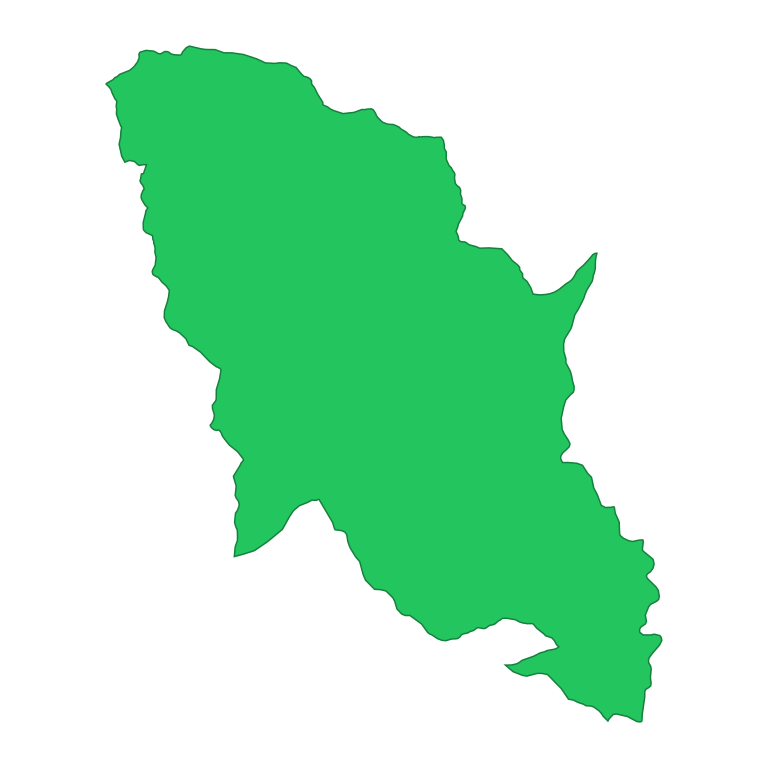 Saleng, Mongar, Bhutan
{"feature_id": "84629894B77073852352819", "entity_name": "Saleng", "entity_type": "district", "adm_level": 2, "iso_a3": "BTN", "parent_name": "Bhutan", "parent_adm1": "Mongar", "projection": "natural_earth1", "projection_center": [91.106, 27.254], "detail": "fine", "context": "isolated", "style": "filled", "palette": "green", "viewbox_px": 768, "rotation_deg": 0, "n_neighbors": 0, "source": "geoboundaries", "source_scale": "gbopen_adm2", "svg_char_len": 6054}
<svg xmlns="http://www.w3.org/2000/svg" viewBox="0 0 768 768"><path d="M234.3,556.6L243.2,554.2L254.5,550.6L267.9,541.4L282.4,529.4L289.7,516.3L293.6,510.5L299.3,505.7L307.9,502.3L312.0,500.1L316.3,500.4L318.0,499.5L319.1,499.5L332.7,522.6L334.2,527.8L335.0,529.7L341.9,530.7L344.8,532.0L346.7,534.5L347.8,541.3L349.1,545.3L350.4,548.3L355.7,556.9L359.7,561.6L363.2,574.6L365.5,580.1L374.5,589.3L380.8,589.7L386.0,591.0L392.9,597.8L394.7,601.3L397.0,609.0L401.9,614.2L405.4,615.5L409.9,615.5L421.5,623.9L427.8,632.6L429.7,634.0L431.6,634.7L437.4,638.6L441.8,640.3L445.8,640.7L451.7,639.0L456.2,638.8L458.0,638.4L460.4,636.4L461.5,634.6L463.5,633.9L468.3,632.8L469.9,631.6L473.6,630.5L476.9,628.0L478.0,627.6L483.5,628.6L485.5,628.3L489.4,625.5L493.7,624.5L495.1,623.8L498.5,620.9L500.6,619.8L501.4,618.9L502.9,618.3L506.3,618.2L515.3,619.7L519.7,622.0L522.5,622.9L527.5,623.7L531.6,623.6L533.3,624.0L536.7,628.2L544.0,634.0L545.5,635.7L551.9,637.9L554.5,640.8L556.6,644.8L558.8,646.8L556.3,648.6L554.0,649.3L547.2,650.5L544.1,651.9L540.4,652.8L533.5,656.3L522.1,660.3L518.9,662.7L516.4,663.9L511.5,665.0L505.4,665.1L513.1,671.7L522.7,675.4L526.9,676.1L537.2,673.4L541.7,673.4L547.5,674.5L561.3,688.6L568.5,699.2L573.5,700.1L578.0,702.4L583.6,704.3L585.9,705.7L590.7,706.0L593.6,706.9L599.0,710.8L601.1,713.1L603.4,716.5L607.9,721.0L609.2,718.7L613.3,714.4L616.4,714.0L627.4,716.5L636.8,721.5L639.8,721.9L641.3,721.6L641.9,720.9L642.3,714.0L644.7,697.2L644.8,691.6L645.5,689.6L648.7,687.6L650.7,685.9L651.1,683.2L650.4,677.6L651.2,668.9L650.6,666.0L648.7,662.8L648.5,660.3L649.0,658.0L652.1,653.7L659.5,645.1L661.8,640.5L661.2,637.4L659.9,635.6L654.4,634.2L650.2,635.0L643.0,634.9L639.7,632.2L639.6,629.3L640.7,627.2L645.3,624.0L646.5,621.5L645.3,615.1L648.5,607.1L650.5,604.4L656.7,601.2L658.6,599.5L659.3,596.4L658.3,590.4L656.1,587.0L647.7,578.8L646.8,577.4L646.4,575.8L647.3,574.0L650.6,571.6L653.0,568.2L654.1,564.2L653.5,560.8L652.9,559.1L642.6,550.6L642.5,548.1L643.2,542.9L643.2,540.9L642.8,539.9L638.5,540.2L632.6,541.5L628.6,540.7L623.5,538.3L620.2,535.5L619.6,533.4L619.2,522.1L615.2,513.1L614.4,507.6L613.8,506.7L611.2,507.3L605.4,507.5L601.3,505.4L597.2,494.5L593.8,488.1L591.5,477.3L587.7,473.4L582.5,465.3L577.0,463.3L567.9,462.5L562.7,462.6L561.6,460.9L560.7,458.6L560.7,456.5L562.4,453.3L568.9,447.2L569.9,444.7L569.8,443.3L568.2,440.0L564.2,433.9L562.2,429.6L561.2,418.3L563.8,406.2L565.8,400.0L570.2,395.0L573.2,392.4L573.9,390.6L574.2,386.6L572.6,381.4L571.7,376.3L570.4,371.4L565.9,362.8L565.9,358.8L563.8,351.5L563.6,344.2L564.7,338.9L570.7,329.1L571.8,326.3L574.8,314.9L578.5,308.9L582.2,301.7L584.2,297.3L584.9,294.7L587.1,289.6L592.1,281.5L592.7,279.4L593.4,275.0L594.2,273.4L595.3,268.4L595.4,261.6L595.9,257.2L596.9,253.3L595.3,253.3L592.9,254.6L588.4,260.0L583.2,265.5L577.9,270.1L576.4,272.0L574.8,275.5L572.2,279.3L569.3,281.8L565.8,284.0L558.7,289.7L554.3,292.2L549.6,293.8L545.5,294.5L539.7,294.9L533.1,294.1L530.7,287.6L527.1,281.5L522.8,277.8L522.5,273.7L519.8,269.9L519.6,267.3L518.1,265.3L512.2,260.5L507.6,254.6L501.8,248.8L488.9,247.9L479.7,248.2L476.0,246.6L468.9,244.7L466.4,242.7L464.5,241.9L461.4,241.8L459.8,241.0L458.7,239.9L458.4,237.3L457.8,235.2L456.0,231.4L457.7,227.1L458.4,224.1L462.6,216.1L462.8,213.7L465.2,208.7L465.4,207.5L465.0,205.7L462.8,204.5L461.8,203.4L462.0,198.7L460.5,194.1L460.7,190.2L459.5,187.4L457.2,185.7L455.3,183.4L454.5,177.8L454.9,174.8L454.4,172.7L453.0,171.0L451.0,167.3L449.1,165.7L446.8,160.6L446.2,158.7L446.3,151.9L444.9,149.7L444.3,147.7L444.3,145.1L443.5,140.6L442.3,138.6L441.1,137.2L436.3,137.3L434.5,137.6L428.4,136.6L425.9,136.6L421.7,136.7L420.4,137.1L419.0,136.6L418.0,137.2L414.5,137.2L412.2,136.3L408.8,134.5L406.1,132.0L401.3,129.2L398.9,127.0L396.7,125.9L393.1,124.5L387.8,124.2L383.0,122.4L381.0,120.8L377.6,117.3L376.2,115.3L375.9,114.0L374.2,111.1L373.0,109.6L371.6,108.9L367.1,109.1L365.0,109.6L361.9,109.5L354.0,112.4L343.0,113.6L333.5,110.5L330.2,108.9L327.6,106.9L323.8,105.3L322.8,104.5L322.8,102.3L317.8,94.4L314.2,87.1L312.4,85.2L311.5,83.3L311.6,80.9L310.2,78.9L307.9,77.4L303.8,76.3L301.2,73.7L296.1,67.5L290.9,65.4L286.5,63.1L279.8,62.8L274.7,63.4L265.4,62.9L256.8,58.9L243.5,54.5L232.3,52.9L223.9,52.8L215.1,49.6L206.0,49.5L200.9,48.8L189.4,46.1L186.2,47.7L182.7,51.8L181.1,54.7L180.2,55.1L174.8,54.8L172.2,54.3L170.6,53.7L169.0,52.2L167.1,51.6L164.8,51.5L160.8,53.8L158.0,53.6L157.0,52.7L153.5,51.1L146.0,50.4L140.0,52.2L138.9,54.1L139.2,57.5L137.7,61.7L133.9,66.8L129.6,70.4L119.7,74.3L117.3,76.5L114.8,77.7L113.0,79.7L106.3,83.5L106.2,84.3L108.4,86.2L110.9,89.3L112.2,93.1L114.8,98.6L116.8,101.1L116.2,106.4L116.7,109.3L116.4,113.9L118.0,118.9L120.7,125.8L121.6,127.5L120.9,131.5L120.5,137.6L119.1,144.2L121.7,156.2L124.9,162.2L129.0,160.5L132.7,161.0L134.8,161.7L137.7,164.5L139.1,165.4L142.9,164.7L146.5,164.7L143.8,172.6L143.2,173.8L141.4,173.9L140.5,179.3L140.0,180.8L140.8,182.8L142.9,185.6L144.2,188.9L142.8,190.9L141.4,194.4L141.1,196.2L141.2,198.1L142.4,200.7L145.0,205.0L147.8,207.9L145.9,210.8L145.4,213.8L143.2,222.4L143.3,228.8L143.7,230.1L146.0,232.6L152.5,235.6L152.9,239.4L153.8,241.6L153.8,243.4L154.8,246.3L155.1,248.8L154.9,252.2L156.1,257.5L155.2,265.2L152.8,269.7L152.2,271.8L153.0,274.6L156.0,276.5L158.3,277.4L162.0,282.2L164.7,284.5L166.8,286.7L169.3,290.4L168.6,296.5L167.5,301.3L164.5,310.8L164.2,317.6L165.8,321.4L169.9,327.7L172.3,329.4L176.3,330.9L179.3,332.6L185.8,338.6L189.1,345.4L192.2,346.3L200.6,352.2L209.8,361.8L215.8,366.4L220.1,368.5L221.0,370.0L219.5,379.0L216.3,389.7L216.2,399.3L215.6,400.9L212.4,405.3L212.5,408.7L213.7,412.4L214.4,415.5L213.7,419.6L211.5,423.7L210.4,424.8L210.2,425.7L211.5,427.7L213.9,429.7L216.8,430.4L218.2,429.9L219.4,430.5L221.0,432.4L222.3,435.7L224.2,438.6L229.2,444.9L237.6,451.7L243.2,458.9L243.4,460.5L241.2,462.9L240.1,465.3L233.4,476.3L236.2,486.2L235.2,495.4L236.2,498.0L238.7,501.6L239.1,504.1L239.1,505.7L237.6,510.1L235.5,513.2L234.6,522.4L235.7,526.4L237.3,530.3L237.5,537.0L237.4,540.5L235.2,546.9L234.3,556.6Z" fill="#22c55e" stroke="#15803d" stroke-width="1.5"/></svg>